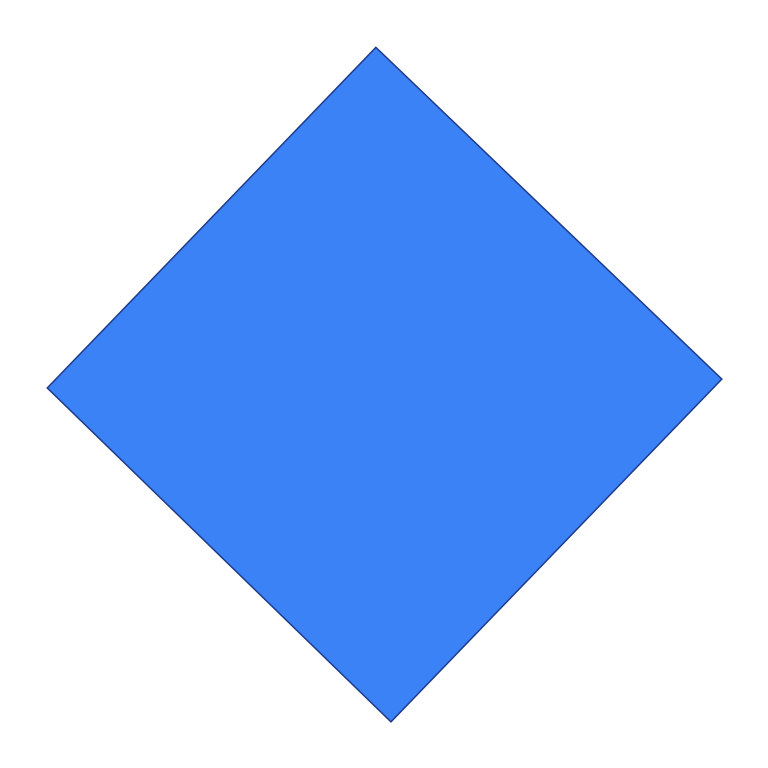 Clay, Nebraska, United States of America, rotated 314°
{"feature_id": "52423323B24655364564694", "entity_name": "Clay", "entity_type": "district", "adm_level": 2, "iso_a3": "USA", "parent_name": "United States of America", "parent_adm1": "Nebraska", "projection": "albers", "projection_center": [-98.019, 40.524], "detail": "fine", "context": "isolated", "style": "filled", "palette": "blue", "viewbox_px": 768, "rotation_deg": 314, "n_neighbors": 0, "source": "geoboundaries", "source_scale": "gbopen_adm2", "svg_char_len": 255}
<svg xmlns="http://www.w3.org/2000/svg" viewBox="0 0 768 768"><g transform="rotate(314 384 384)"><path d="M619.5,144.3L147.2,144.5L145.8,623.7L150.5,623.7L622.2,623.6L620.5,144.3L619.5,144.3Z" fill="#3b82f6" stroke="#1e3a8a" stroke-width="1.5"/></g></svg>